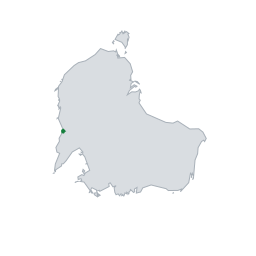 Hinchinbrook, Queensland, Australia (highlighted), rotated 214°
{"feature_id": "25037944B17459590153092", "entity_name": "Hinchinbrook", "entity_type": "district", "adm_level": 2, "iso_a3": "AUS", "parent_name": "Australia", "parent_adm1": "Queensland", "projection": "robinson", "projection_center": [146.068, -18.658], "detail": "fine", "context": "in_parent", "style": "filled", "palette": "green", "viewbox_px": 256, "rotation_deg": 214, "n_neighbors": 0, "source": "geoboundaries", "source_scale": "gbopen_adm2", "svg_char_len": 4457}
<svg xmlns="http://www.w3.org/2000/svg" viewBox="0 0 256 256"><g transform="rotate(214 128 128)"><path d="M168.1,57.5L170.5,68.8L173.5,68.3L176.9,71.6L177.4,78.6L179.4,81.0L179.9,87.4L181.4,90.7L191.1,96.9L195.0,107.1L196.1,107.7L196.3,105.8L198.4,107.7L198.7,106.8L199.6,111.9L200.8,113.5L203.6,115.1L208.9,123.8L208.6,129.6L210.5,136.6L207.6,149.7L205.6,154.5L200.8,159.9L196.3,170.5L195.2,178.5L187.1,180.4L183.1,183.9L180.7,184.2L181.4,186.2L177.5,183.3L178.0,182.6L177.8,181.9L177.1,181.9L175.8,183.1L174.8,182.4L176.4,181.2L175.5,180.3L170.3,184.6L162.1,182.5L155.6,177.2L155.2,173.1L152.2,169.3L153.4,169.5L153.4,168.4L149.1,169.5L150.3,166.7L148.5,162.7L147.1,167.3L143.9,167.7L144.4,166.2L145.9,166.2L147.8,159.9L147.1,155.1L145.1,160.1L142.0,162.0L139.9,165.0L140.3,166.5L139.0,166.3L136.9,164.6L138.2,164.6L137.1,161.7L135.1,158.3L133.4,157.9L133.0,155.0L120.5,150.0L99.8,153.8L93.4,157.2L90.8,161.5L76.3,161.7L68.9,166.9L63.6,166.5L57.3,163.1L56.9,159.6L58.4,160.2L59.5,158.0L58.9,150.9L55.9,145.6L54.5,138.9L46.7,124.8L49.4,126.4L47.6,122.1L48.9,124.6L50.9,125.4L47.1,116.6L48.9,104.5L49.5,107.3L51.7,104.2L59.6,98.7L62.5,99.0L77.0,93.7L82.3,86.6L81.8,82.0L84.7,78.7L87.3,83.8L88.5,81.0L86.8,79.0L87.3,77.7L92.1,78.5L90.6,78.1L91.5,76.0L90.6,74.2L93.2,74.0L92.2,72.7L94.3,72.5L93.6,70.6L95.4,68.4L95.5,69.7L97.0,69.5L97.1,67.1L99.3,67.9L100.6,66.0L102.9,67.3L106.1,70.7L105.6,73.5L107.6,70.8L112.1,72.6L112.9,71.1L110.9,69.0L116.0,59.7L117.0,60.3L118.7,58.0L119.3,59.0L124.6,58.3L124.4,56.0L120.9,54.4L121.4,53.8L134.2,58.6L137.9,56.9L137.0,58.7L138.6,59.7L140.5,57.5L142.2,59.4L140.2,63.5L138.0,63.9L138.2,66.9L136.1,71.5L147.8,80.0L151.0,80.9L152.0,82.9L157.2,84.3L160.8,77.0L161.0,66.2L161.6,62.2L162.9,61.2L161.9,59.4L165.1,51.6L168.1,57.5ZM174.9,193.3L181.0,195.6L188.3,194.2L188.8,200.6L188.3,199.4L187.5,200.8L187.3,205.0L184.8,203.3L183.1,207.1L180.0,206.8L180.6,205.7L177.9,203.9L176.8,200.6L178.0,201.2L175.1,196.7L174.9,193.3ZM114.9,53.9L118.6,53.9L119.7,55.0L117.3,57.3L114.9,53.9ZM142.7,170.8L148.9,170.6L146.3,171.7L142.7,170.8ZM141.3,66.2L142.1,68.6L139.8,68.2L140.1,66.5L141.3,66.2ZM208.6,122.8L208.4,120.2L209.4,118.0L209.7,119.5L208.6,122.8ZM186.6,189.6L188.7,190.1L188.7,191.0L186.6,189.6ZM114.5,54.6L115.8,56.8L113.5,56.7L114.5,54.6ZM172.7,190.0L171.5,189.7L172.1,188.2L172.7,190.0ZM153.8,79.1L152.7,79.8L151.6,80.1L152.1,78.8L153.8,79.1ZM46.6,124.2L45.7,123.0L45.5,121.8L45.6,121.7L46.6,124.2ZM188.3,191.9L189.1,192.5L187.6,192.0L188.3,191.9ZM200.4,112.3L201.2,112.3L201.2,113.5L200.4,112.3ZM180.2,87.3L181.2,88.0L181.0,88.4L180.2,87.3ZM184.7,205.5L184.8,206.6L184.0,206.3L184.7,205.5ZM209.9,130.6L209.9,132.1L209.9,130.6ZM124.2,53.8L123.6,53.1L124.0,52.8L124.2,53.8ZM141.3,53.9L140.4,55.0L141.5,53.0L141.3,53.9ZM210.0,128.9L209.6,129.4L209.9,128.9L210.0,128.9ZM142.8,75.0L142.3,75.3L142.6,74.7L142.8,75.0ZM139.5,66.2L138.9,66.3L139.2,65.6L139.5,66.2ZM54.4,98.7L54.3,99.7L54.0,99.6L54.4,98.7ZM164.0,51.0L164.0,51.8L163.7,51.3L164.0,51.0ZM177.1,182.3L177.2,182.7L177.1,182.3ZM140.2,55.4L139.0,56.2L140.2,55.2L140.2,55.4ZM93.6,69.4L93.2,70.0L93.5,69.3L93.6,69.4ZM185.1,204.8L184.7,205.0L185.0,204.6L185.1,204.8ZM153.3,81.8L152.6,81.8L152.9,81.3L153.3,81.8ZM91.3,73.6L90.9,73.9L90.9,73.2L91.3,73.6ZM188.1,202.6L187.5,202.9L187.7,202.3L188.1,202.6ZM164.4,48.9L164.3,49.4L164.0,49.2L164.4,48.9ZM176.8,182.9L177.3,183.4L176.4,183.2L176.8,182.9ZM192.3,96.9L191.9,96.9L192.1,96.3L192.3,96.9ZM195.9,105.8L195.6,105.8L195.8,105.3L195.9,105.8ZM175.2,192.6L175.0,193.0L174.9,192.5L175.2,192.6Z" fill="#d9dde1" stroke="#a8b0b8" stroke-width="1"/><path d="M178.8,88.0L178.7,88.2L178.7,88.3L178.8,88.3L178.8,88.5L179.0,88.6L179.1,88.8L179.0,89.0L179.0,89.7L179.0,89.8L178.9,89.9L179.0,89.9L178.9,89.9L178.9,90.0L179.0,90.0L179.3,90.2L179.3,90.3L179.5,90.3L179.6,90.2L179.7,90.3L179.8,90.3L179.8,90.2L179.8,90.3L179.9,90.5L179.9,90.4L180.0,90.4L180.0,90.5L180.0,90.4L180.1,90.5L180.3,90.5L180.5,90.5L180.8,90.6L181.0,90.6L181.1,90.4L181.0,90.2L180.9,90.2L181.0,89.9L181.0,89.7L181.1,89.4L181.1,89.2L181.2,88.9L181.2,88.7L180.9,88.5L180.9,88.4L180.7,88.4L180.7,88.5L180.4,88.6L180.3,88.4L180.2,88.3L180.2,88.2L180.0,87.9L179.9,88.0L179.9,87.9L179.9,88.0L179.9,87.9L179.8,88.0L179.7,88.0L179.6,87.8L179.4,87.9L179.4,88.0L179.2,88.0L179.1,87.9L179.0,88.0L178.9,88.0L178.8,88.0ZM181.8,89.0L181.8,89.3L181.8,89.2L181.9,88.9L181.8,89.0L181.8,89.0ZM181.9,88.7L181.8,88.8L181.9,88.7Z" fill="#22c55e" stroke="#15803d" stroke-width="1.5"/></g></svg>